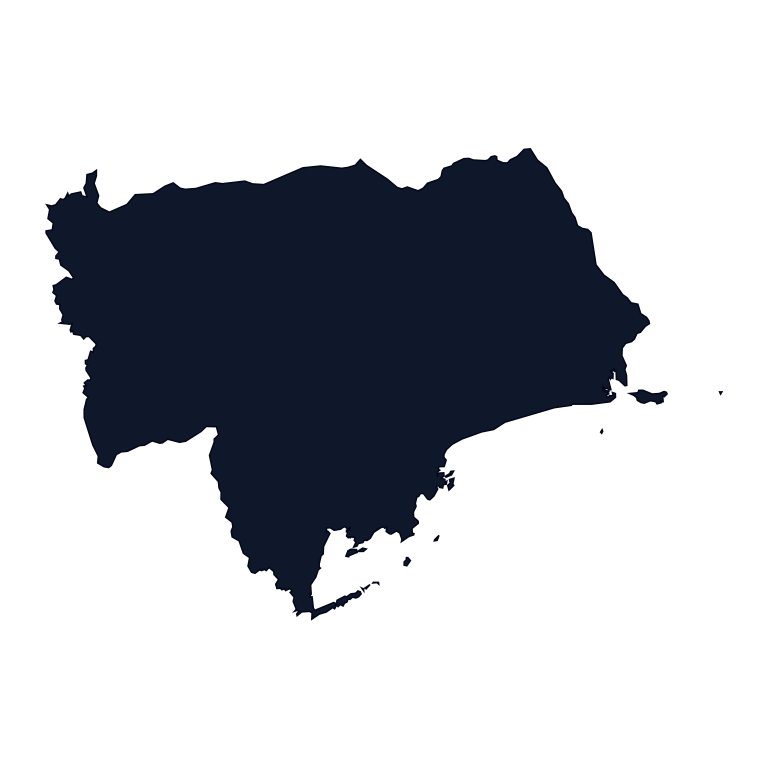 the district of Minahasa Tenggara, Sulawesi Utara, Indonesia
{"feature_id": "22746128B38105670760260", "entity_name": "Minahasa Tenggara", "entity_type": "district", "adm_level": 2, "iso_a3": "IDN", "parent_name": "Indonesia", "parent_adm1": "Sulawesi Utara", "projection": "orthographic", "projection_center": [124.764, 0.982], "detail": "fine", "context": "isolated", "style": "filled", "palette": "ink", "viewbox_px": 768, "rotation_deg": 0, "n_neighbors": 0, "source": "geoboundaries", "source_scale": "gbopen_adm2", "svg_char_len": 6059}
<svg xmlns="http://www.w3.org/2000/svg" viewBox="0 0 768 768"><path d="M297.1,615.7L301.7,611.9L309.5,611.4L312.1,612.8L311.8,619.2L319.3,614.1L326.2,612.1L332.6,607.6L334.6,608.8L335.5,607.3L335.7,603.4L333.8,602.5L314.7,610.4L313.3,608.0L312.1,596.8L310.2,596.8L310.6,594.3L309.4,593.0L311.2,593.8L310.6,584.9L315.9,576.9L318.1,570.0L320.4,568.1L319.2,567.0L319.2,563.9L321.1,555.8L323.2,554.0L323.6,546.4L329.9,533.4L327.7,531.1L326.3,531.9L326.6,528.0L330.3,527.8L334.2,530.3L340.4,529.2L344.4,526.6L347.8,528.9L349.9,527.9L349.7,529.5L346.5,530.1L346.5,531.9L347.9,531.7L346.5,536.0L348.2,537.8L350.2,537.0L350.1,538.3L351.0,536.9L355.2,537.7L354.2,540.4L355.9,542.2L353.6,547.1L357.0,546.1L358.4,543.5L362.8,542.6L364.3,540.2L367.0,540.5L370.2,538.4L373.8,532.3L379.4,528.6L377.2,528.7L383.6,526.9L384.7,528.2L386.6,527.1L386.2,531.5L389.5,533.8L391.3,534.0L396.5,531.0L399.7,532.9L401.9,539.2L401.4,541.7L408.9,536.5L413.7,534.9L414.0,533.6L412.3,533.0L412.0,528.4L418.3,523.3L418.1,521.1L413.7,517.2L413.4,512.0L416.1,506.3L415.3,503.5L416.8,497.1L418.7,496.4L420.4,493.5L423.5,493.6L427.7,499.2L429.9,499.8L433.9,496.0L437.7,489.1L436.5,486.5L438.4,485.5L439.6,487.4L442.7,488.0L443.4,484.6L446.3,484.2L446.8,481.2L445.0,482.3L444.9,479.4L441.3,478.3L444.0,475.9L443.8,472.8L438.7,473.1L437.6,475.5L437.1,472.2L439.8,470.2L438.3,469.0L438.9,466.8L444.2,466.5L446.2,460.1L443.9,457.4L444.0,454.3L446.5,449.5L452.3,444.2L462.2,438.9L481.7,431.9L493.7,429.5L504.9,422.2L554.3,407.7L571.4,405.3L572.2,404.2L591.5,404.2L610.1,401.8L615.5,397.3L615.4,393.5L612.4,392.5L613.1,395.4L609.2,395.9L608.6,397.3L607.0,396.7L606.4,395.0L608.7,393.9L607.3,392.8L608.9,391.8L606.4,390.4L604.8,391.3L605.0,389.3L602.9,390.4L602.6,385.5L604.1,388.5L607.4,388.2L608.7,390.1L610.9,389.7L608.2,378.8L609.4,378.0L609.4,375.7L610.4,379.1L611.3,377.8L612.9,378.4L613.1,373.5L609.6,371.0L612.2,371.4L613.8,369.1L614.4,371.4L616.1,371.4L616.4,379.4L619.0,380.2L625.0,385.8L626.8,385.4L626.5,375.4L624.8,369.5L626.3,365.6L621.9,355.8L622.2,348.1L625.7,343.3L631.6,341.6L634.4,339.1L637.0,333.3L640.4,332.3L645.2,326.4L649.4,323.6L648.9,320.9L646.5,317.3L640.7,313.6L637.9,304.2L631.0,302.8L627.2,297.8L622.7,294.7L614.1,282.5L603.9,275.1L596.0,264.8L591.0,232.7L587.7,229.5L582.2,228.4L577.5,225.7L574.9,217.3L571.7,212.9L568.4,203.8L563.9,198.1L561.5,191.1L555.1,183.1L546.8,167.8L537.5,160.2L530.3,148.8L524.1,149.4L517.0,156.6L510.4,159.7L507.5,162.9L503.3,162.9L498.0,160.7L496.9,160.0L496.6,156.7L494.9,155.9L491.2,156.7L488.2,159.9L485.3,160.7L473.3,160.0L468.8,158.4L463.7,158.7L453.5,163.5L451.9,165.9L444.0,168.3L442.4,170.5L441.1,176.7L438.3,179.5L427.5,183.2L423.2,188.2L418.1,190.8L407.3,187.0L402.0,188.9L397.3,187.5L387.1,179.0L366.3,165.3L360.4,159.4L355.3,165.2L348.0,167.4L341.8,168.3L320.7,166.0L302.9,167.8L263.8,184.6L252.5,183.9L244.8,181.1L222.6,183.7L215.2,182.8L196.0,188.5L185.2,189.3L180.1,188.2L173.2,182.9L165.0,186.2L153.2,193.8L135.2,194.7L126.9,204.5L109.3,212.2L100.6,207.8L96.8,203.1L98.6,195.6L94.1,183.4L96.4,175.9L96.4,170.3L92.6,173.1L87.0,174.6L86.3,183.4L83.9,187.9L87.1,197.1L82.0,195.8L80.7,192.0L71.3,194.0L68.6,196.0L67.7,193.2L65.1,198.3L63.2,199.6L60.4,198.8L55.8,204.7L51.6,206.0L46.7,204.8L49.7,209.5L48.0,218.6L53.3,223.0L52.3,229.9L46.1,230.9L46.1,233.1L55.3,248.4L59.3,251.9L55.9,256.0L55.9,258.4L59.3,259.0L60.9,265.1L68.9,270.8L73.6,277.9L72.0,279.4L66.3,277.3L56.2,284.8L53.2,285.6L54.0,289.8L52.9,292.5L56.6,295.6L55.0,301.0L56.5,304.0L60.0,304.6L59.7,308.8L63.2,314.8L61.8,320.0L62.6,321.9L59.9,323.2L69.6,324.2L72.1,323.4L70.2,330.0L71.0,331.9L72.6,330.8L73.7,334.2L80.7,335.3L83.7,339.0L86.1,336.5L89.0,336.5L96.2,343.9L95.8,346.3L93.4,348.4L93.4,352.3L90.6,351.3L88.1,359.8L85.4,360.5L85.5,363.7L87.6,365.3L85.9,367.9L86.1,370.3L91.1,378.1L89.7,380.4L88.0,379.9L84.3,382.9L86.2,385.5L83.7,386.1L84.9,388.3L83.1,392.7L88.4,397.3L86.6,399.4L84.2,409.4L84.2,417.7L92.8,445.0L98.3,456.1L97.7,463.0L104.2,466.8L108.7,467.5L111.3,465.5L116.3,454.6L121.1,451.9L127.5,451.3L139.2,445.7L144.5,445.2L152.2,440.9L159.7,443.2L162.4,442.9L167.7,439.2L179.5,442.3L185.7,441.2L201.3,431.3L206.1,426.5L216.4,426.7L218.6,434.9L214.2,439.0L214.2,442.2L209.5,455.4L212.5,470.0L211.1,473.4L218.4,481.6L219.0,487.9L221.2,492.2L221.0,499.4L229.1,507.6L225.7,517.2L232.1,522.2L232.9,526.8L231.2,531.1L232.1,536.9L239.1,540.8L243.4,553.3L249.6,557.6L248.0,566.1L251.5,572.2L255.0,573.3L259.5,569.9L261.7,570.6L264.4,569.4L266.2,570.6L269.1,567.5L273.8,571.5L274.0,574.6L278.6,579.5L275.7,584.2L276.9,588.5L280.4,588.3L281.9,589.8L284.4,588.8L285.6,590.6L289.8,588.6L292.1,590.9L290.1,592.4L294.2,597.3L293.2,601.4L296.3,609.2L294.5,611.3L297.2,610.3L298.8,611.1L296.7,614.0L297.1,615.7ZM643.1,390.3L638.8,390.3L637.9,392.7L629.6,393.5L633.9,395.4L636.6,397.6L637.4,400.4L641.0,402.5L644.2,403.2L650.4,400.7L655.7,401.7L657.0,403.9L661.5,402.6L660.5,401.1L663.2,401.6L662.6,396.4L664.3,396.7L667.1,393.9L666.4,392.3L664.1,391.5L659.3,393.5L652.1,394.0L643.1,390.3ZM360.3,591.8L358.0,590.9L355.7,593.2L350.8,593.9L346.7,596.8L344.8,596.2L337.0,600.3L336.4,605.7L338.1,606.6L340.2,604.5L343.1,606.0L344.4,603.3L347.1,601.9L347.9,599.1L350.0,599.4L352.6,597.1L355.9,598.0L358.7,596.7L361.1,593.9L360.3,591.8ZM356.5,549.6L351.0,549.2L348.0,550.8L345.9,556.2L348.7,556.8L349.0,555.7L357.1,552.4L356.5,549.6ZM454.0,478.2L449.5,479.5L450.3,483.0L447.7,485.4L449.0,490.1L453.7,485.5L452.8,483.7L454.0,478.2ZM410.4,560.6L407.9,557.6L406.4,557.6L406.2,560.0L404.2,561.8L404.1,565.1L406.8,565.8L410.4,560.6ZM453.6,471.1L450.7,471.4L449.8,473.5L445.2,476.4L446.1,477.2L451.5,474.9L453.6,471.1ZM366.3,549.0L362.7,548.1L357.4,551.5L363.4,551.4L366.3,549.0ZM434.3,540.9L437.2,540.4L439.0,535.4L434.6,539.7L434.3,540.9ZM366.2,588.9L370.0,584.6L364.9,588.0L366.2,588.9ZM601.7,433.3L602.7,431.2L602.1,429.7L600.6,432.2L601.7,433.3ZM721.9,391.9L719.6,391.9L720.6,394.1L721.9,391.9ZM378.5,582.4L373.4,582.3L372.9,583.0L376.9,582.6L378.7,584.1L378.5,582.4ZM363.6,588.9L361.8,588.1L363.7,590.8L363.6,588.9Z" fill="#0f172a" stroke="#020617" stroke-width="1.5"/></svg>